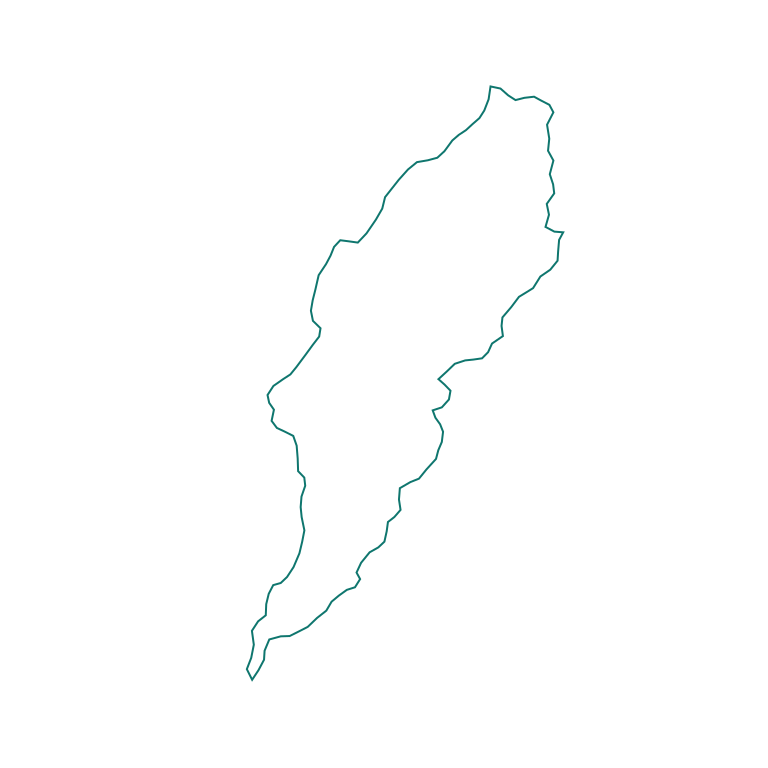 Nova Porteirinha, Minas Gerais, Brazil, rotated 205°
{"feature_id": "56859067B51855792689739", "entity_name": "Nova Porteirinha", "entity_type": "district", "adm_level": 2, "iso_a3": "BRA", "parent_name": "Brazil", "parent_adm1": "Minas Gerais", "projection": "robinson", "projection_center": [-43.277, -15.718], "detail": "fine", "context": "isolated", "style": "outline", "palette": "teal", "viewbox_px": 768, "rotation_deg": 205, "n_neighbors": 0, "source": "geoboundaries", "source_scale": "gbopen_adm2", "svg_char_len": 1959}
<svg xmlns="http://www.w3.org/2000/svg" viewBox="0 0 768 768"><g transform="rotate(205 384 384)"><path d="M413.2,698.7L409.5,686.2L408.7,674.2L409.9,665.3L413.5,657.2L417.0,648.7L421.5,641.4L425.0,633.6L427.6,620.6L431.3,611.6L438.8,605.3L447.9,599.0L452.9,588.6L456.9,575.4L459.5,564.4L462.0,553.8L459.7,542.2L460.8,529.6L463.5,513.2L467.5,501.1L476.6,498.3L484.4,495.8L487.2,487.2L486.7,477.7L487.2,468.2L489.2,455.0L486.1,440.6L484.0,429.7L481.2,419.5L475.1,411.2L465.1,407.7L462.8,399.6L465.1,389.3L467.5,377.1L470.6,362.2L472.9,353.1L477.4,345.9L483.4,335.5L484.9,324.8L480.1,318.4L472.9,314.2L470.3,303.1L462.5,298.9L454.0,298.9L444.3,298.6L437.1,291.2L430.8,280.1L425.0,268.7L416.7,265.5L412.4,258.5L411.2,247.1L407.5,237.2L402.4,228.6L394.3,217.7L391.5,206.5L389.1,194.8L388.6,179.9L390.3,168.1L393.5,160.0L399.4,154.9L399.8,145.1L397.7,134.7L393.4,124.4L397.8,115.7L399.4,104.5L391.8,92.7L388.6,79.7L387.8,67.6L378.5,60.2L376.8,71.6L376.2,83.4L379.5,91.8L380.0,104.0L370.9,111.7L363.0,115.7L356.8,123.5L350.5,131.6L345.8,143.7L340.5,154.2L339.5,164.6L335.5,173.1L330.7,181.7L324.4,187.5L323.2,197.1L329.2,201.5L329.2,212.3L325.9,225.4L320.1,233.5L317.0,241.3L319.3,251.6L322.1,260.6L318.4,267.8L315.8,276.9L321.6,285.6L325.6,296.3L318.6,306.3L312.3,313.0L309.4,324.6L305.2,338.1L306.8,346.9L307.1,355.9L310.3,365.7L316.1,371.2L323.2,375.2L328.7,380.7L321.7,387.3L318.6,397.4L320.9,406.0L328.7,409.0L336.7,411.4L332.4,421.8L328.4,432.2L320.4,439.7L313.5,443.8L306.0,448.7L303.1,456.8L303.2,466.3L296.5,477.7L302.0,486.3L304.8,494.4L301.2,507.4L298.5,520.1L293.7,527.3L289.4,533.9L287.7,547.5L281.6,557.9L278.8,569.1L282.2,577.7L286.2,588.6L285.7,597.2L294.0,594.1L304.0,594.6L306.0,607.1L312.6,616.0L310.3,628.7L315.1,636.4L322.4,644.2L324.9,658.1L333.9,664.7L337.9,676.2L345.8,687.9L345.3,701.8L352.1,706.9L361.6,707.3L369.4,707.8L377.7,702.7L384.8,696.9L393.5,698.1L403.3,701.0L413.2,698.7Z" fill="none" stroke="#0f766e" stroke-width="2"/></g></svg>